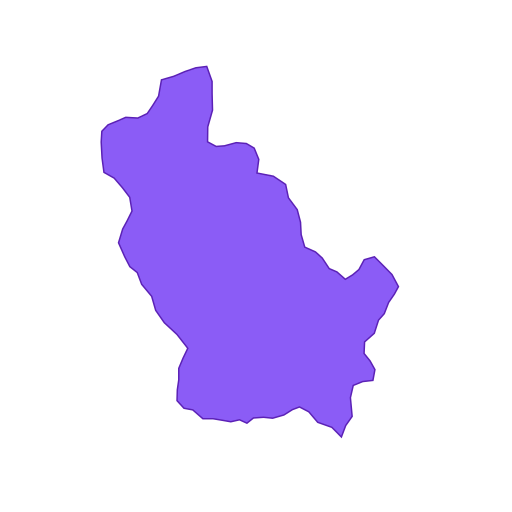 Rodeiro, Minas Gerais, Brazil, rotated 164°
{"feature_id": "56859067B62126543827478", "entity_name": "Rodeiro", "entity_type": "district", "adm_level": 2, "iso_a3": "BRA", "parent_name": "Brazil", "parent_adm1": "Minas Gerais", "projection": "equal_earth", "projection_center": [-42.844, -21.213], "detail": "fine", "context": "isolated", "style": "filled", "palette": "violet", "viewbox_px": 512, "rotation_deg": 164, "n_neighbors": 0, "source": "geoboundaries", "source_scale": "gbopen_adm2", "svg_char_len": 1382}
<svg xmlns="http://www.w3.org/2000/svg" viewBox="0 0 512 512"><g transform="rotate(164 256 256)"><path d="M351.9,424.0L362.0,422.9L369.8,418.4L373.4,408.2L377.0,392.5L379.1,378.3L370.9,370.0L365.6,358.5L361.2,347.2L362.8,333.4L370.2,325.3L376.7,318.7L384.5,306.6L382.4,291.5L380.2,280.5L374.7,272.8L373.7,260.3L367.4,246.0L367.4,231.4L362.5,217.1L353.6,202.4L347.0,186.1L354.2,178.0L361.2,169.3L364.4,158.2L368.5,149.1L371.8,138.7L367.2,129.5L359.2,125.5L351.9,114.2L342.1,111.4L333.7,107.4L325.9,103.6L317.0,103.1L310.8,97.8L303.1,101.0L293.2,98.9L284.7,95.5L273.0,95.5L263.3,98.3L255.8,98.9L248.2,91.7L242.5,79.1L230.3,70.4L223.8,58.5L216.5,68.3L207.8,75.3L204.3,93.8L198.2,104.8L188.0,105.9L177.9,104.2L173.0,114.0L175.3,123.8L179.0,132.5L175.3,143.5L163.6,149.1L155.9,160.6L148.6,165.2L141.3,174.8L133.5,181.2L127.5,187.3L130.4,200.7L136.1,211.2L142.4,222.6L153.0,222.6L160.8,214.6L168.4,211.2L176.6,209.0L182.6,218.4L189.1,223.7L192.9,235.8L197.7,243.5L206.7,251.1L206.7,264.1L203.9,276.2L203.6,289.2L208.8,303.0L207.8,316.6L217.3,327.9L232.2,335.5L226.7,348.1L228.0,360.2L234.3,366.8L243.8,370.4L256.0,370.6L264.1,372.3L271.1,379.1L266.8,393.4L257.6,408.2L253.5,424.0L250.1,435.9L251.1,451.8L262.0,453.5L273.4,452.9L285.6,451.4L298.3,451.4L305.6,436.5L314.1,428.9L321.3,422.9L331.6,421.2L343.0,425.2L351.9,424.0Z" fill="#8b5cf6" stroke="#5b21b6" stroke-width="1.5"/></g></svg>